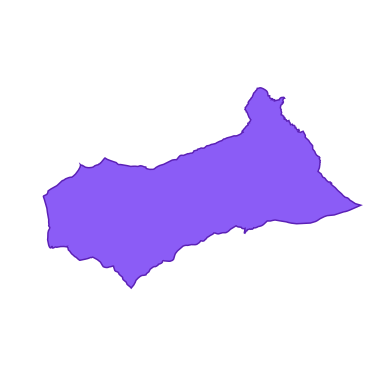 Kota Batu, Jawa Timur, Indonesia, rotated 249°
{"feature_id": "22746128B69457994360094", "entity_name": "Kota Batu", "entity_type": "district", "adm_level": 2, "iso_a3": "IDN", "parent_name": "Indonesia", "parent_adm1": "Jawa Timur", "projection": "natural_earth1", "projection_center": [112.536, -7.834], "detail": "fine", "context": "isolated", "style": "filled", "palette": "violet", "viewbox_px": 384, "rotation_deg": 249, "n_neighbors": 0, "source": "geoboundaries", "source_scale": "gbopen_adm2", "svg_char_len": 6045}
<svg xmlns="http://www.w3.org/2000/svg" viewBox="0 0 384 384"><g transform="rotate(249 192 192)"><path d="M240.9,51.6L237.9,51.5L228.8,50.7L224.7,49.7L217.5,48.3L215.0,47.3L212.9,46.8L211.9,46.1L210.6,46.3L210.0,46.6L208.7,45.8L207.4,44.2L205.5,42.9L201.2,41.1L199.2,40.1L193.9,39.2L192.0,39.2L190.9,39.5L190.4,40.2L191.3,41.3L191.3,41.7L191.2,41.9L189.7,41.8L189.5,42.1L189.5,42.8L189.6,44.9L188.9,45.9L188.2,49.6L187.0,53.0L186.2,54.4L185.9,55.8L185.7,55.5L185.4,55.6L184.3,56.2L182.3,55.8L180.5,56.7L178.7,57.1L177.2,57.6L173.6,59.5L172.5,60.5L170.2,61.6L168.6,62.6L168.4,63.0L167.5,68.6L167.2,71.0L167.2,73.8L167.1,74.2L166.8,74.5L166.8,75.9L166.1,76.6L162.8,79.4L159.6,81.3L158.9,81.5L155.8,82.0L154.1,82.4L153.8,82.7L152.8,83.9L152.0,85.4L151.7,86.6L151.7,88.0L151.4,89.3L151.2,91.8L150.8,92.2L150.1,92.0L146.4,91.8L145.5,92.2L143.8,94.1L142.4,94.5L141.2,94.5L137.3,96.6L135.7,96.2L134.7,96.4L131.3,98.3L129.0,98.3L125.1,100.5L124.1,100.8L126.0,104.2L128.0,106.6L129.6,108.0L130.9,110.7L131.7,113.0L132.0,114.7L131.9,116.0L131.5,117.1L131.3,118.6L131.1,119.2L132.1,120.3L133.0,123.2L134.9,125.3L135.8,128.5L136.0,129.7L135.5,130.9L135.5,132.1L135.9,134.0L136.6,134.7L136.4,136.2L136.6,138.2L137.1,139.2L137.8,139.5L138.2,140.2L138.2,140.7L137.6,141.5L135.6,145.7L135.2,146.9L135.2,149.3L135.8,150.7L139.6,153.6L140.5,154.5L142.2,157.3L144.7,164.3L144.7,165.6L144.4,167.3L143.7,168.9L143.1,172.6L141.7,176.0L141.4,177.7L142.2,180.9L143.3,182.6L143.3,182.9L142.6,183.8L142.2,184.7L142.2,186.1L142.8,187.1L143.2,188.4L144.3,190.1L144.3,191.0L144.9,193.6L145.2,196.4L145.9,197.7L145.3,199.0L144.0,200.5L143.4,201.7L143.0,206.0L141.9,209.0L142.1,211.0L142.7,212.9L143.4,214.4L144.6,220.8L144.6,221.1L143.5,221.8L142.7,222.8L142.4,223.5L141.4,225.3L141.0,225.5L140.2,225.6L139.8,226.0L139.1,227.4L139.0,228.5L135.1,226.2L134.6,226.6L136.2,228.7L136.2,229.6L136.7,229.8L137.0,230.4L136.7,231.7L136.8,232.6L136.1,233.5L136.0,234.1L136.1,234.4L135.7,235.0L136.1,236.4L136.5,236.8L136.1,237.5L135.8,238.7L135.8,240.2L136.0,241.3L135.7,243.1L135.6,245.0L136.0,247.0L138.0,251.9L136.9,254.6L136.5,257.5L136.1,259.5L132.3,265.9L130.3,269.4L129.1,270.9L127.4,273.5L124.9,278.2L120.6,291.4L120.2,296.8L120.4,298.7L121.2,302.2L121.6,306.7L121.5,309.7L119.6,316.6L119.1,326.6L118.8,328.0L118.6,330.0L118.6,332.8L119.2,344.8L122.6,340.3L126.0,337.9L127.6,336.6L129.9,335.7L131.0,334.8L132.2,333.1L134.5,331.8L136.7,331.0L141.3,328.6L144.7,327.3L147.4,325.7L149.0,324.9L150.2,324.5L150.3,325.4L151.8,324.6L152.0,324.3L152.1,323.5L152.3,323.1L153.1,322.5L155.0,321.6L156.8,321.2L157.8,320.7L158.5,319.8L159.5,319.3L162.8,319.0L164.4,317.9L165.2,317.6L165.9,317.0L166.6,317.5L168.9,319.6L172.2,321.4L173.2,321.7L173.7,322.3L174.5,322.3L175.3,323.0L176.0,322.8L177.5,322.8L178.1,323.6L179.4,323.3L180.4,322.3L181.1,322.0L181.7,321.5L183.8,321.1L185.9,321.1L188.8,320.1L192.1,321.2L195.9,319.8L198.3,319.4L202.5,317.3L204.2,318.1L208.9,317.5L208.9,315.7L208.7,314.7L209.8,313.5L210.0,312.7L210.4,312.6L210.4,313.2L210.7,313.4L211.1,313.3L211.1,314.1L212.1,314.1L212.3,313.0L212.6,312.2L213.8,312.0L215.0,312.0L215.0,311.3L216.8,311.6L217.2,311.2L217.7,311.1L218.1,309.9L219.3,309.9L219.5,308.1L221.9,308.3L222.5,307.9L224.0,308.1L224.2,306.0L225.7,305.8L225.9,305.4L226.6,305.3L226.8,304.3L227.1,304.2L227.3,304.4L227.7,304.4L227.9,305.1L228.2,305.2L229.3,304.4L229.8,304.7L230.2,304.3L230.9,304.2L231.5,303.8L232.0,303.0L232.9,303.2L233.9,304.1L236.5,304.4L237.0,304.8L237.9,304.6L239.0,304.7L240.3,305.5L240.9,305.7L241.3,306.2L241.5,307.2L241.8,307.7L242.0,307.9L242.2,308.4L242.4,308.4L242.8,308.2L242.9,308.3L242.7,309.1L243.0,309.4L243.4,309.6L244.9,309.6L246.0,310.4L246.4,311.1L246.4,311.9L246.9,311.6L247.2,311.8L247.6,311.4L248.2,309.1L248.0,308.0L247.3,306.9L246.8,306.4L247.0,305.8L247.5,301.6L248.6,302.1L249.1,300.5L249.4,300.6L249.7,299.7L250.0,300.4L250.3,300.5L250.8,299.5L251.8,298.4L252.8,298.5L253.5,298.7L253.9,299.0L254.2,298.7L254.4,297.6L255.0,297.6L257.2,298.1L258.7,298.1L259.7,297.8L261.3,296.8L263.0,295.4L264.3,294.0L264.9,292.9L265.1,290.7L265.4,290.1L264.2,289.1L263.5,287.5L262.6,286.2L262.4,285.4L261.9,284.7L260.9,284.1L260.6,283.5L260.1,283.2L259.2,282.4L258.6,281.3L258.2,280.9L258.3,280.6L257.5,279.8L257.4,279.2L257.0,278.9L256.7,278.1L255.5,276.5L254.7,276.5L254.2,276.2L253.5,274.7L252.4,273.5L251.8,272.0L250.4,271.5L250.0,271.0L248.6,271.7L247.4,271.4L246.8,272.0L241.4,272.0L239.6,272.5L238.9,272.5L238.4,272.8L237.2,271.6L236.8,270.6L236.0,270.4L236.2,269.3L236.2,268.9L235.6,268.5L234.8,268.6L234.5,268.5L233.9,266.2L232.5,263.9L232.0,262.7L231.2,261.6L230.9,260.7L230.7,260.5L229.9,261.1L229.5,261.2L229.4,259.5L229.1,259.3L228.9,258.9L228.6,257.6L228.4,253.9L228.7,253.2L228.8,252.5L229.2,251.8L229.4,251.1L229.5,248.3L230.0,244.0L229.8,241.7L230.1,240.6L229.3,238.3L229.4,235.8L229.1,232.5L228.8,231.5L229.3,227.8L229.5,227.1L229.3,225.0L229.4,224.2L229.8,222.4L229.3,220.8L228.9,220.0L228.7,219.3L228.9,217.9L229.4,217.1L229.8,216.2L229.7,214.9L229.9,212.5L229.2,211.8L229.6,209.8L229.6,208.3L228.8,207.7L228.5,207.0L228.3,206.0L228.8,204.3L228.9,202.7L229.3,201.7L229.2,197.3L230.2,195.0L230.2,193.9L229.4,192.1L227.7,189.3L228.4,187.4L228.9,185.0L228.0,175.5L228.3,171.3L228.1,169.1L227.8,167.2L227.1,165.2L227.1,163.8L228.3,160.6L229.6,158.6L230.5,157.7L231.9,157.8L232.4,156.7L234.4,154.4L234.7,153.5L235.1,153.1L235.2,150.7L236.5,148.1L237.4,145.5L237.8,144.0L239.8,141.0L243.1,135.4L244.0,133.2L245.0,132.5L246.6,131.8L250.7,126.9L252.9,124.5L254.9,123.0L254.9,122.6L252.0,117.5L252.0,117.0L251.7,116.8L251.4,115.8L251.5,115.1L251.2,114.6L251.1,114.0L251.3,112.8L251.3,110.6L250.8,109.1L250.8,107.5L251.4,105.2L252.0,103.6L253.3,101.4L255.4,99.8L255.5,99.5L255.9,99.4L256.5,98.8L256.6,98.2L257.5,97.7L257.2,97.7L255.2,96.3L253.1,93.8L250.5,89.7L249.4,87.0L248.9,85.0L249.4,83.6L249.6,81.8L249.6,78.8L248.9,75.9L249.1,75.5L249.0,74.7L246.7,69.1L246.3,67.9L245.4,61.5L244.6,58.1L242.8,56.9L242.1,56.1L241.7,54.8L241.5,52.1L241.3,51.8L240.9,51.6Z" fill="#8b5cf6" stroke="#5b21b6" stroke-width="1.5"/></g></svg>